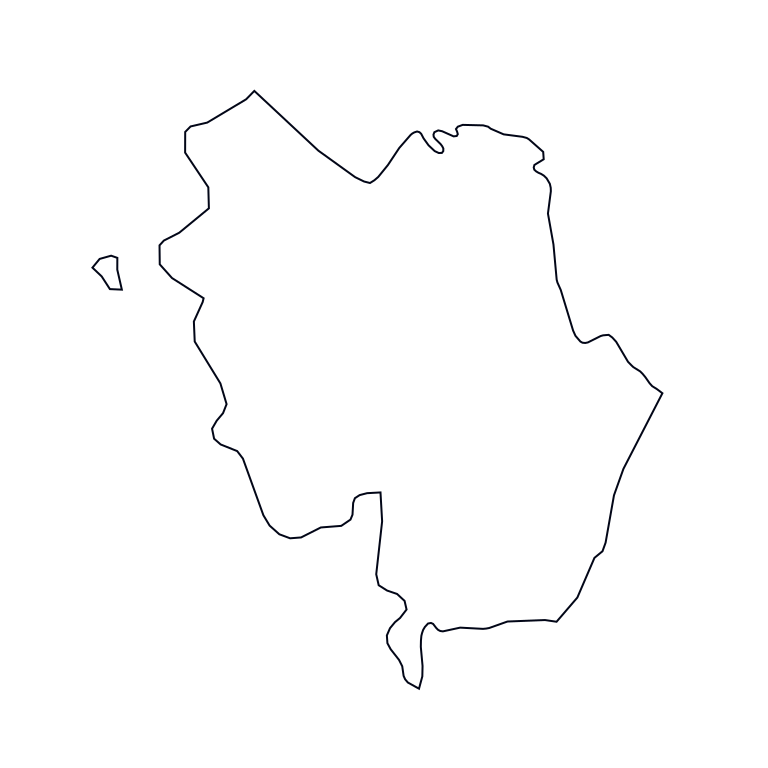 SVG path tracing the border of Matera, rotated 353°
{"feature_id": "ITA-5389", "entity_name": "Matera", "entity_type": "Province", "adm_level": 1, "iso_a3": "ITA", "parent_name": "Italy", "parent_adm1": "", "projection": "albers", "projection_center": [16.459, 40.447], "detail": "fine", "context": "isolated", "style": "outline", "palette": "ink", "viewbox_px": 768, "rotation_deg": 353, "n_neighbors": 0, "source": "natural_earth", "source_scale": "10m", "svg_char_len": 2313}
<svg xmlns="http://www.w3.org/2000/svg" viewBox="0 0 768 768"><g transform="rotate(353 384 384)"><path d="M659.2,427.1L611.3,497.4L598.7,522.5L584.6,568.5L580.5,576.6L571.7,582.2L549.9,619.5L526.3,641.0L515.0,637.9L477.6,634.8L458.7,639.0L455.5,639.2L452.4,639.1L429.9,635.1L412.3,636.7L409.7,636.0L407.7,634.6L406.1,632.5L403.5,628.1L401.5,626.9L398.5,627.1L395.0,630.1L392.9,632.8L391.4,635.9L390.4,638.5L389.4,643.2L388.5,649.4L387.9,668.6L386.4,678.9L381.6,690.7L371.3,683.2L369.0,679.7L367.9,676.1L367.7,666.4L365.3,659.7L358.3,648.1L355.8,641.7L356.2,633.9L360.2,627.1L365.9,621.7L371.4,618.2L378.9,610.6L378.0,601.8L371.4,594.0L361.9,589.4L354.2,583.1L353.1,571.9L365.4,520.1L367.3,491.2L353.9,490.3L346.3,491.3L341.2,493.8L338.9,498.3L336.8,509.9L334.2,514.5L324.3,519.6L303.8,518.7L283.0,526.2L272.0,525.7L261.8,520.4L253.2,510.6L248.3,499.6L234.9,440.9L230.1,432.7L214.5,424.1L208.7,417.6L207.9,407.4L213.5,400.0L220.7,393.3L225.3,384.8L221.7,363.5L201.3,318.8L202.9,298.8L214.0,280.6L215.4,276.9L186.5,253.0L176.0,237.9L178.1,219.0L183.0,214.8L199.2,208.9L231.6,188.3L233.6,167.4L214.8,130.1L217.4,109.6L223.4,104.8L240.4,103.0L281.9,84.6L291.0,77.3L347.3,144.4L380.6,175.2L388.9,180.6L394.6,182.8L399.3,180.6L403.5,177.8L414.5,167.2L427.9,151.6L440.8,140.0L442.5,138.9L444.6,138.0L447.6,137.4L449.9,138.4L451.4,140.2L453.2,145.0L457.3,152.5L462.7,159.0L466.5,161.4L469.6,161.7L471.2,160.1L471.6,157.5L470.8,155.2L469.5,152.9L464.7,146.9L463.5,144.7L463.5,142.5L464.7,140.2L468.7,138.9L472.5,140.2L483.3,146.7L486.4,146.7L487.7,145.0L487.3,142.4L486.5,139.7L488.6,137.6L493.7,136.4L514.0,139.4L518.7,141.3L521.0,143.6L533.2,150.8L551.5,155.5L555.7,157.2L557.7,158.8L570.3,173.0L569.9,180.4L560.0,184.9L559.0,187.3L559.3,189.6L560.9,191.5L563.1,193.2L565.5,194.6L568.1,196.7L570.5,199.7L573.0,205.5L573.4,209.6L573.1,213.0L567.5,234.8L569.2,266.1L568.1,301.5L568.5,304.4L570.9,312.2L578.2,354.0L579.9,359.5L584.1,365.8L586.0,367.2L588.7,367.8L591.4,367.6L604.9,362.8L607.4,362.4L613.0,362.6L616.2,365.6L619.6,370.4L628.9,391.7L632.1,395.9L633.6,397.7L639.8,402.7L641.9,405.4L644.2,409.0L647.7,415.6L650.0,418.9L654.0,422.1L659.2,427.1ZM128.8,223.4L134.7,226.3L133.2,238.0L135.3,258.4L123.5,256.4L116.9,242.8L108.8,233.0L117.0,225.2L128.8,223.4Z" fill="none" stroke="#020617" stroke-width="2"/></g></svg>